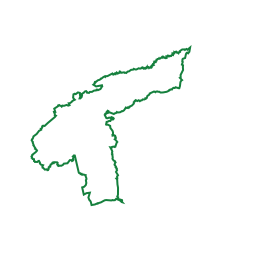 the district of Ban Pong, Ratchaburi, Thailand, rotated 146°
{"feature_id": "78962969B74786164204095", "entity_name": "Ban Pong", "entity_type": "district", "adm_level": 2, "iso_a3": "THA", "parent_name": "Thailand", "parent_adm1": "Ratchaburi", "projection": "albers", "projection_center": [99.771, 13.854], "detail": "fine", "context": "isolated", "style": "outline", "palette": "green", "viewbox_px": 256, "rotation_deg": 146, "n_neighbors": 0, "source": "geoboundaries", "source_scale": "gbopen_adm2", "svg_char_len": 5964}
<svg xmlns="http://www.w3.org/2000/svg" viewBox="0 0 256 256"><g transform="rotate(146 128 128)"><path d="M201.3,84.5L198.2,83.1L195.7,82.7L195.8,82.4L195.4,82.2L194.3,82.2L192.1,81.5L187.8,81.1L186.4,80.5L182.4,77.3L181.1,76.9L180.9,76.5L179.2,75.5L177.5,75.9L175.2,72.6L174.6,70.1L174.2,69.6L174.3,70.7L173.5,71.1L173.3,71.6L175.8,74.6L176.0,75.4L174.9,76.1L175.3,77.1L173.7,78.2L169.7,84.0L168.3,87.1L165.8,91.3L165.9,92.6L165.0,92.3L164.1,94.0L162.7,94.4L162.5,98.3L160.6,99.2L160.4,100.6L159.9,100.8L160.2,102.4L159.6,102.7L159.7,105.1L159.0,105.5L158.5,106.3L157.6,106.4L157.4,107.9L158.1,109.0L158.1,111.2L157.2,112.0L156.2,114.0L156.0,115.1L155.6,115.0L154.8,116.8L154.2,117.2L153.9,118.1L153.5,121.8L152.6,120.9L152.2,121.3L150.6,120.8L149.7,119.7L149.1,120.0L148.8,119.7L145.7,122.1L144.7,122.4L144.9,124.9L145.3,126.1L143.6,126.5L143.3,127.6L143.6,127.8L143.0,128.8L143.4,129.6L145.1,130.3L144.7,131.1L144.0,131.1L142.9,132.7L142.4,134.3L142.6,137.8L141.6,139.8L142.9,142.1L144.2,142.9L144.2,143.2L142.3,145.0L141.8,144.7L139.5,144.4L138.7,143.7L136.7,144.6L136.2,144.6L136.0,143.9L135.5,144.1L135.2,143.5L134.5,143.9L134.6,144.5L135.0,144.5L135.1,145.5L135.7,146.3L136.8,145.9L137.8,147.2L139.5,147.5L140.4,148.3L140.0,151.8L139.0,151.9L138.8,152.5L137.4,152.1L137.7,152.4L136.9,153.2L135.3,153.6L135.2,152.9L134.8,152.8L135.1,151.5L134.4,151.1L131.9,147.5L131.0,147.6L129.6,147.1L128.3,147.5L128.0,146.7L126.4,145.8L125.5,145.4L123.6,145.4L123.1,144.9L121.3,144.9L118.5,146.1L118.4,145.6L117.9,145.6L117.0,144.7L116.6,145.1L115.8,144.3L115.3,144.3L114.9,144.9L112.3,144.4L109.5,145.0L108.8,146.2L107.4,146.2L107.1,146.3L107.1,146.7L106.0,146.8L105.3,145.2L103.6,145.0L103.2,143.6L102.2,143.7L101.0,143.2L99.9,143.5L98.7,142.6L97.1,142.3L96.9,142.9L95.7,142.4L93.9,143.8L92.3,143.7L91.0,144.1L90.7,144.5L86.0,143.7L85.2,142.3L84.5,142.5L83.3,142.0L82.8,141.2L81.8,140.6L81.2,139.2L79.1,137.9L75.7,136.4L74.2,136.1L72.6,136.4L72.5,136.0L71.3,136.2L70.0,135.4L69.8,135.7L67.9,135.9L66.9,135.0L65.8,135.2L63.7,132.6L63.2,132.3L61.5,133.7L58.9,136.7L57.4,137.5L56.4,137.5L56.9,140.5L56.1,140.4L54.7,142.6L49.9,145.3L48.4,147.9L47.3,149.2L47.9,150.4L45.8,152.0L45.5,152.6L45.7,152.9L44.4,154.5L43.8,154.7L41.5,154.1L38.6,156.9L37.3,157.5L36.7,157.4L36.4,156.3L34.5,156.9L31.5,160.0L34.9,159.6L35.3,160.8L37.1,160.9L37.1,161.5L39.2,162.8L41.7,162.8L42.0,162.4L42.4,162.5L42.5,162.0L43.6,162.2L44.4,161.7L44.8,162.8L45.3,163.1L45.1,164.0L45.3,164.4L46.8,164.6L47.0,164.9L47.2,164.3L47.9,163.9L48.6,164.7L49.1,164.5L49.5,163.9L49.7,164.7L50.6,163.7L51.5,163.9L52.0,163.6L52.8,164.3L53.3,164.1L53.9,164.4L53.7,164.7L54.4,165.8L55.1,165.8L55.1,165.5L56.1,165.2L56.3,165.5L56.7,164.5L57.6,164.7L58.3,166.0L58.4,165.7L58.6,165.8L58.8,166.6L59.6,166.8L59.4,167.2L59.8,167.2L59.8,167.9L61.6,167.6L63.0,167.7L63.3,167.9L63.3,168.4L63.8,168.2L64.9,168.7L65.6,168.4L66.2,168.7L66.9,167.8L67.5,167.9L68.0,167.5L68.2,168.1L68.8,168.3L68.7,167.6L68.9,167.7L69.0,167.4L70.1,167.5L70.9,166.7L71.6,167.1L72.1,166.7L72.0,166.2L72.5,166.5L72.8,166.0L73.5,166.3L73.6,165.9L74.2,165.9L74.0,165.7L74.5,165.0L75.0,165.0L75.3,165.9L76.1,165.7L76.7,166.5L76.7,166.1L77.1,166.0L77.1,167.1L78.1,167.3L78.5,167.7L79.2,167.2L79.4,167.4L78.9,167.9L79.7,167.7L79.6,168.0L80.5,168.0L80.7,168.4L81.7,168.2L82.1,169.0L81.8,169.4L81.9,170.1L83.0,170.4L83.8,170.1L84.9,170.5L85.7,171.5L88.2,171.8L89.3,172.5L90.1,173.8L91.0,173.5L93.0,174.5L95.6,174.4L96.8,175.0L98.7,174.6L99.5,175.6L99.9,175.6L100.2,176.4L102.8,177.6L102.7,178.0L103.2,178.4L103.1,178.8L103.5,178.8L103.6,179.3L104.6,178.6L106.1,178.9L106.1,179.2L106.4,179.1L107.1,179.5L106.8,180.3L107.4,180.2L107.9,180.5L108.3,180.0L108.5,180.5L109.2,180.4L109.8,180.8L110.0,180.4L110.4,180.5L110.4,181.9L116.0,182.5L117.4,183.3L118.2,183.1L118.2,183.8L120.0,184.0L122.6,183.8L122.8,184.1L124.4,183.8L126.3,184.4L128.4,184.2L129.6,184.7L129.9,184.5L129.9,183.9L130.6,183.9L130.8,183.5L132.5,183.3L131.2,180.3L125.7,178.0L126.1,177.0L126.9,177.2L127.2,176.5L129.1,175.7L131.8,176.2L132.0,177.0L132.6,177.4L133.5,177.0L135.2,178.0L137.7,178.1L139.5,179.3L140.7,178.9L142.2,180.2L141.9,181.0L142.1,182.0L143.6,182.4L144.5,182.0L147.5,182.1L147.7,180.9L149.1,179.6L151.0,179.2L151.6,179.6L149.8,180.9L149.5,182.0L148.3,184.0L149.6,185.5L152.4,185.3L153.0,186.2L154.4,186.4L156.5,183.9L156.6,182.6L156.3,181.2L159.0,181.5L160.3,181.1L162.4,181.1L163.3,181.6L163.7,179.6L165.1,180.0L165.9,181.4L168.7,182.2L169.8,183.2L171.0,182.8L171.2,183.9L172.0,184.6L172.2,185.5L173.3,185.8L173.9,185.2L178.3,185.3L179.3,182.0L180.4,182.7L180.5,182.4L180.8,180.5L181.6,179.5L180.9,178.5L182.4,178.0L191.7,177.0L196.0,176.3L197.1,177.4L197.8,177.5L198.3,177.3L198.4,176.7L200.1,175.8L200.7,176.1L201.0,175.1L203.3,175.4L207.1,174.1L211.1,173.9L212.2,172.9L213.5,172.2L214.0,172.3L214.8,171.6L214.7,169.5L215.2,169.2L215.8,166.4L216.1,166.4L216.1,162.9L216.7,162.7L216.0,160.9L216.1,160.1L218.0,159.6L222.4,159.3L222.7,158.7L223.9,158.4L224.0,157.3L224.5,157.0L224.2,156.3L224.4,155.6L223.4,154.7L224.4,153.1L223.9,152.5L224.1,151.9L222.0,150.5L220.7,150.8L220.2,150.5L220.4,148.4L220.9,147.8L220.6,146.2L219.2,144.6L220.6,143.9L221.0,142.9L220.6,142.4L220.2,140.0L218.3,139.1L218.4,138.1L217.8,137.8L216.5,138.5L215.7,139.8L214.9,139.9L214.3,139.5L214.0,140.1L213.4,140.0L212.6,141.0L211.2,140.8L210.4,141.3L210.0,140.8L209.2,141.3L208.9,140.4L208.0,140.7L205.9,139.1L205.8,138.4L207.1,137.3L206.6,136.5L207.1,135.9L206.7,135.2L205.7,135.0L204.4,134.0L202.6,133.8L201.1,134.3L197.9,132.6L194.2,133.9L192.9,133.0L192.9,131.9L191.8,131.8L191.1,132.1L191.0,133.1L189.3,134.4L189.6,135.2L188.1,135.5L187.5,134.9L193.7,118.7L193.7,118.0L192.8,117.1L193.1,116.3L192.0,115.8L192.2,114.9L190.9,114.3L189.5,112.6L189.9,112.4L190.6,109.6L191.1,108.8L192.1,108.3L193.3,105.7L194.9,104.3L197.2,103.8L199.2,104.4L201.9,97.5L198.9,97.2L195.8,95.7L199.7,92.5L200.3,90.1L200.3,89.4L200.0,89.0L200.2,87.4L201.3,84.5Z" fill="none" stroke="#15803d" stroke-width="2"/></g></svg>